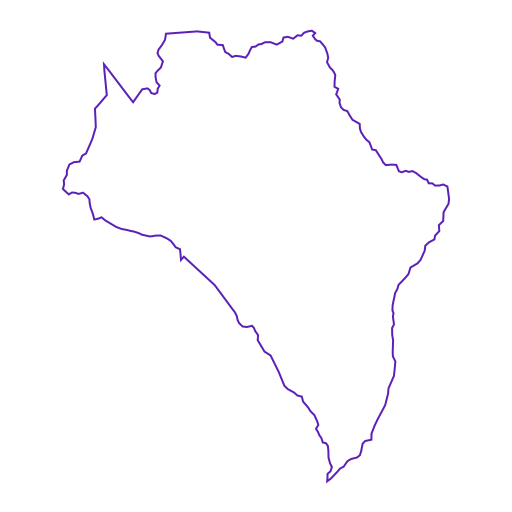 the district of Itaíba, Pernambuco, Brazil
{"feature_id": "56859067B4810139882764", "entity_name": "Itaíba", "entity_type": "district", "adm_level": 2, "iso_a3": "BRA", "parent_name": "Brazil", "parent_adm1": "Pernambuco", "projection": "natural_earth1", "projection_center": [-37.295, -9.026], "detail": "fine", "context": "isolated", "style": "outline", "palette": "violet", "viewbox_px": 512, "rotation_deg": 0, "n_neighbors": 0, "source": "geoboundaries", "source_scale": "gbopen_adm2", "svg_char_len": 3152}
<svg xmlns="http://www.w3.org/2000/svg" viewBox="0 0 512 512"><path d="M449.1,199.0L447.4,186.5L443.2,184.5L439.5,185.5L435.1,185.6L432.4,183.4L428.7,183.3L427.1,179.7L424.3,179.2L420.9,176.9L416.2,173.1L412.4,171.1L408.7,171.9L405.7,170.8L401.7,172.3L398.9,171.2L396.3,164.9L391.8,164.6L385.8,165.1L383.1,162.4L381.6,159.2L378.0,153.6L375.8,150.2L372.1,149.5L370.7,145.6L369.3,142.1L366.6,140.0L364.0,136.8L361.0,132.0L359.9,128.4L359.7,123.9L352.5,119.8L349.5,115.1L347.3,111.1L343.6,109.9L341.0,107.3L339.5,102.8L339.8,99.7L336.2,94.4L338.2,88.8L334.5,86.8L334.6,81.4L335.3,75.1L334.1,72.5L332.5,70.0L329.9,67.5L327.0,62.2L328.2,57.8L327.4,53.7L325.1,47.4L323.1,44.8L320.0,41.3L316.8,40.7L314.8,38.7L312.8,35.7L315.2,33.1L311.8,30.7L307.8,31.4L304.1,32.7L301.3,35.7L297.5,35.3L293.2,38.7L287.9,36.8L283.5,37.5L282.4,41.5L276.8,44.6L273.3,43.3L270.6,42.2L264.8,42.3L261.4,44.1L258.6,44.4L255.5,46.6L251.9,47.0L250.3,49.7L248.4,54.0L245.6,57.7L241.1,56.5L238.0,56.1L235.4,55.9L232.1,57.0L228.7,53.9L225.2,52.0L223.9,48.4L222.8,45.1L217.4,44.7L215.5,42.1L210.0,37.7L209.2,32.7L197.2,31.4L166.0,33.7L165.0,39.8L161.9,45.1L158.5,49.7L157.5,53.2L158.8,56.0L162.9,61.3L160.9,67.5L157.6,70.7L155.5,73.3L155.6,77.5L156.6,82.3L159.6,85.6L157.7,88.8L157.3,92.6L154.7,94.0L151.3,93.1L149.7,90.1L147.5,88.4L142.2,89.3L133.1,102.2L128.8,96.7L109.5,71.3L104.0,64.3L104.4,70.8L106.8,95.1L97.6,105.8L95.0,108.6L95.1,112.1L95.3,115.2L95.8,127.1L92.6,138.1L90.7,142.8L86.0,153.5L82.3,155.6L79.6,161.6L73.9,162.2L69.5,164.4L66.9,170.6L66.8,175.0L63.7,180.4L64.1,184.5L62.9,189.0L65.4,191.3L68.8,194.4L72.0,192.5L75.2,192.8L78.6,193.9L83.0,192.7L87.4,196.2L89.4,199.3L89.7,203.1L90.6,207.7L92.9,214.0L94.3,219.5L98.1,218.7L101.5,217.3L105.4,220.5L116.3,227.0L121.7,229.0L127.2,230.0L130.4,230.9L133.7,231.5L138.4,233.0L142.0,234.7L145.6,235.5L149.5,236.4L152.4,236.2L155.5,235.6L160.6,235.5L164.6,237.3L167.6,238.8L170.9,241.0L173.7,244.5L175.7,247.3L180.0,249.2L180.5,254.0L181.0,259.9L183.9,256.7L214.7,285.1L232.6,309.3L234.9,312.3L236.8,316.1L237.6,320.0L239.1,323.1L242.6,326.5L247.0,327.0L252.0,325.8L254.0,328.0L255.1,330.9L258.1,335.2L257.7,340.2L264.5,351.6L270.6,355.5L278.7,371.9L284.4,385.8L287.9,389.2L294.0,392.5L297.4,395.5L301.8,396.6L303.1,401.6L308.3,407.7L310.3,411.0L314.5,415.3L317.4,421.8L318.3,425.0L316.0,428.8L317.9,431.8L319.4,435.3L321.4,438.1L322.8,442.5L326.0,443.2L327.9,446.0L328.4,451.1L328.5,457.5L330.0,463.2L331.9,466.9L330.5,471.3L327.5,473.9L327.5,477.9L327.2,481.3L330.8,478.6L337.7,471.4L340.0,468.6L343.7,466.6L347.4,461.2L351.1,459.0L357.0,457.5L359.9,455.2L361.2,451.1L362.6,443.7L365.2,441.0L371.4,439.7L371.5,433.6L374.8,425.2L377.7,419.2L385.2,405.1L388.1,393.5L388.5,388.4L393.9,376.0L394.5,370.6L395.4,361.5L392.9,356.4L392.7,352.1L393.1,340.4L392.2,334.8L392.1,328.0L394.0,324.4L392.9,316.6L393.5,313.3L392.4,310.2L392.7,304.8L395.2,292.9L397.3,289.1L398.6,284.8L405.0,278.1L408.4,274.2L410.5,267.5L413.4,265.8L417.5,263.4L420.6,259.8L424.7,250.7L425.3,245.7L429.0,242.3L434.4,239.4L435.1,235.6L439.3,231.1L438.9,225.1L443.2,221.0L443.6,212.1L448.5,203.8L449.1,199.0Z" fill="none" stroke="#5b21b6" stroke-width="2"/></svg>